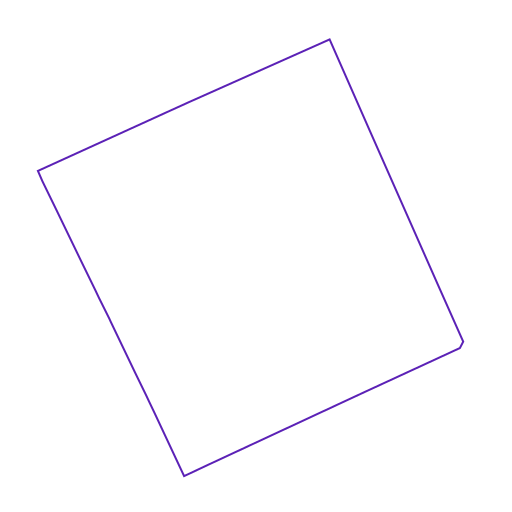 Denton, Texas, United States of America (Robinson projection), rotated 64°
{"feature_id": "52423323B29429067330401", "entity_name": "Denton", "entity_type": "district", "adm_level": 2, "iso_a3": "USA", "parent_name": "United States of America", "parent_adm1": "Texas", "projection": "robinson", "projection_center": [-97.097, 33.209], "detail": "fine", "context": "isolated", "style": "outline", "palette": "violet", "viewbox_px": 512, "rotation_deg": 64, "n_neighbors": 0, "source": "geoboundaries", "source_scale": "gbopen_adm2", "svg_char_len": 493}
<svg xmlns="http://www.w3.org/2000/svg" viewBox="0 0 512 512"><g transform="rotate(64 256 256)"><path d="M83.9,414.7L95.2,415.2L109.8,415.2L126.4,415.2L183.8,415.4L216.7,415.4L225.0,415.5L248.0,415.3L251.3,415.4L307.4,415.8L320.6,415.8L333.1,415.8L339.3,415.9L352.3,416.0L422.3,417.1L422.7,389.2L423.5,345.8L423.5,345.1L425.3,248.4L425.9,216.8L428.1,113.1L423.8,107.3L361.2,105.1L192.9,98.8L93.6,94.9L88.3,248.8L87.6,274.5L83.9,414.7Z" fill="none" stroke="#5b21b6" stroke-width="2"/></g></svg>